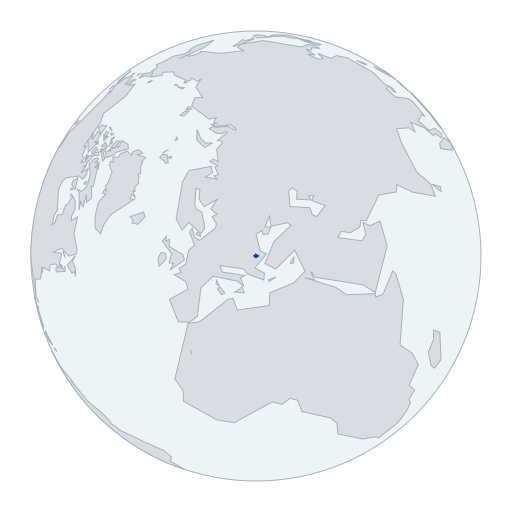 Stara Zagora on an orthographic globe, rotated 320°
{"feature_id": "BGR-2233", "entity_name": "Stara Zagora", "entity_type": "Province", "adm_level": 1, "iso_a3": "BGR", "parent_name": "Bulgaria", "parent_adm1": "", "projection": "orthographic", "projection_center": [25.503, 42.404], "detail": "fine", "context": "on_globe", "style": "filled", "palette": "blue", "viewbox_px": 512, "rotation_deg": 320, "n_neighbors": 0, "source": "natural_earth", "source_scale": "10m", "svg_char_len": 11317}
<svg xmlns="http://www.w3.org/2000/svg" viewBox="0 0 512 512"><g transform="rotate(320 256 256)"><circle cx="256" cy="256" r="225" fill="#eef3f6" stroke="#a8b0b8"/><path d="M174.3,46.1L181.3,44.1L174.9,46.4L178.4,45.6L186.7,43.0L191.3,41.6L214.5,39.6L241.9,37.4L250.4,35.4L248.7,37.3L264.6,33.3L279.4,33.7L262.8,34.3L261.2,35.2L271.2,35.6L271.7,36.7L276.9,37.8L276.6,39.2L266.9,40.0L266.5,41.2L273.6,41.5L277.8,43.6L267.4,42.9L273.7,46.6L258.6,49.8L230.9,48.8L222.6,53.7L194.1,61.6L196.7,62.9L187.5,67.4L187.1,70.8L182.0,71.8L186.1,73.7L190.9,72.2L194.3,72.7L194.6,74.7L188.0,76.1L186.9,75.3L185.1,76.8L181.7,76.8L183.5,77.9L175.5,79.8L183.7,81.1L177.5,85.1L172.2,85.6L172.5,81.5L160.9,74.0L155.6,74.1L147.7,77.9L133.4,93.0L127.6,95.2L119.9,101.0L123.2,101.4L130.4,97.1L134.5,99.7L142.8,94.6L145.7,95.2L154.3,92.1L153.2,97.1L147.4,103.9L140.2,106.9L137.5,110.2L144.5,111.3L131.3,121.5L122.8,136.5L119.4,138.9L112.4,135.7L112.0,124.9L102.9,122.7L108.9,129.0L100.2,135.9L98.8,139.3L99.4,142.1L102.8,141.5L99.8,145.1L92.7,139.7L95.3,136.3L97.5,137.9L97.3,133.2L92.4,130.5L88.4,134.7L85.4,127.8L82.4,130.8L80.2,131.4L85.0,126.8L76.2,135.2L72.0,131.7L60.0,147.5L71.6,129.7L75.7,122.9L79.6,116.7L77.6,119.1L85.5,108.9L86.1,108.0L98.6,94.8L112.1,82.7L126.5,71.7L141.7,61.9L157.7,53.3L174.3,46.1ZM38.5,197.2L37.8,201.4L35.3,211.0L36.8,206.9L35.0,215.9L34.9,231.9L34.3,232.8L33.8,258.0L37.2,278.4L38.0,289.0L37.2,291.6L39.3,298.2L39.4,301.2L51.3,327.3L60.4,345.8L62.1,355.6L58.5,358.0L64.4,374.5L63.4,372.9L55.4,358.4L48.4,343.4L42.5,327.9L37.8,312.0L34.3,295.8L31.9,279.4L30.8,262.8L30.9,246.3L32.3,229.7L34.8,213.3L38.5,197.2ZM56.9,151.9L47.7,174.4L49.8,166.7L49.9,167.0L53.0,160.1L57.5,150.3L60.2,144.7L56.9,151.9ZM60.0,150.3L61.3,147.1L60.4,149.6L60.0,150.3ZM193.2,40.9L186.8,42.9L179.2,45.1L184.5,43.2L193.2,40.9ZM207.8,38.2L204.9,39.1L201.3,39.0L204.1,38.5L207.8,38.2ZM256.4,34.1L251.0,34.2L256.0,33.7L256.4,34.1ZM277.6,37.7L279.0,37.4L281.1,38.1L277.6,37.7ZM154.3,89.6L154.3,90.8L152.7,90.8L154.3,89.6ZM158.1,87.2L156.3,86.3L157.8,85.1L158.9,85.7L158.1,87.2ZM282.5,41.2L285.5,42.7L280.8,41.2L282.5,41.2ZM160.0,88.7L160.7,83.0L163.4,80.9L169.8,81.6L160.0,88.7ZM286.1,43.6L293.4,47.8L297.0,47.3L290.8,51.5L286.7,46.3L280.4,44.4L285.0,44.7L286.1,43.6ZM192.4,70.9L187.2,72.6L191.3,69.4L192.4,70.9ZM194.1,68.8L201.7,59.4L209.4,58.2L205.3,61.4L215.0,58.9L215.0,62.9L209.7,65.2L204.7,65.1L208.5,66.8L194.1,68.8ZM286.2,53.5L286.5,54.8L284.4,53.6L286.2,53.5ZM196.0,72.6L196.9,70.6L203.6,69.5L203.1,73.2L201.1,72.4L196.0,72.6ZM217.6,56.4L222.5,56.4L223.8,59.6L225.9,60.1L215.7,62.9L217.6,56.4ZM199.7,73.7L202.7,75.2L199.7,77.7L195.7,74.5L199.7,73.7ZM205.5,67.7L208.7,67.3L206.8,68.7L205.5,67.7ZM190.9,87.9L191.7,85.3L195.3,84.3L190.9,87.9ZM204.0,75.7L205.0,74.8L206.5,74.3L207.8,75.8L204.0,75.7ZM217.3,65.1L216.9,66.6L221.6,64.1L222.8,66.7L215.7,68.2L219.3,68.7L219.7,69.5L213.5,69.9L217.3,65.1ZM213.7,75.8L205.1,79.1L202.7,84.1L199.5,84.9L203.9,76.8L213.7,75.8ZM214.1,72.2L213.1,74.6L209.6,74.3L208.1,72.5L214.1,72.2ZM226.1,68.0L226.1,63.6L227.6,63.5L226.1,68.0ZM213.7,77.2L215.7,76.5L213.9,77.6L213.7,77.2ZM223.1,70.8L222.9,69.2L224.6,69.1L223.1,70.8ZM220.0,76.3L217.3,77.3L216.2,76.1L220.0,76.3ZM222.0,73.8L224.4,74.0L217.4,75.0L221.6,73.1L222.0,73.8ZM224.8,70.9L225.7,70.3L224.6,71.6L224.8,70.9ZM225.7,80.8L217.2,82.3L214.8,79.4L223.4,78.3L225.7,80.8ZM120.7,356.3L107.1,320.9L113.7,312.2L114.8,298.0L160.7,264.0L170.5,270.2L206.7,271.2L211.2,273.8L207.0,285.4L234.3,302.5L242.9,293.1L267.5,300.8L283.8,299.3L289.4,276.5L262.7,278.5L258.0,267.5L279.3,256.4L302.6,255.0L301.5,250.8L286.7,242.8L292.0,234.0L281.6,239.4L285.9,243.4L279.5,247.1L275.2,243.7L277.2,240.6L270.2,239.1L262.3,255.2L265.8,261.1L247.4,264.3L251.4,274.6L246.5,279.4L237.7,263.8L238.5,258.1L222.3,240.4L219.8,246.6L235.0,263.9L230.3,262.4L227.0,271.7L225.8,263.5L210.0,243.8L193.3,245.0L172.2,264.6L162.4,263.9L154.2,256.5L161.8,233.6L182.7,237.8L185.7,230.6L181.4,217.8L188.1,220.5L189.0,216.1L196.9,217.2L208.0,208.3L216.0,208.4L220.3,195.2L225.0,193.7L221.1,201.8L222.7,207.8L242.7,208.6L246.5,205.9L247.7,197.5L253.0,199.1L251.6,190.9L263.1,187.6L248.0,185.0L249.0,175.9L255.8,169.0L253.4,165.8L242.3,177.1L240.2,182.1L242.9,187.1L235.0,201.5L228.2,203.4L226.1,187.2L216.2,188.5L218.9,176.0L247.4,152.0L259.4,147.5L279.2,158.5L276.4,164.3L267.9,163.0L275.8,172.3L275.2,167.6L279.6,169.2L281.7,161.6L284.9,162.4L281.4,154.0L285.6,154.1L287.8,159.5L294.4,149.1L303.2,147.8L303.1,145.2L300.6,142.7L313.3,143.1L312.7,141.2L308.3,140.2L304.2,135.9L302.0,128.5L306.6,129.1L308.0,131.8L317.8,138.6L320.8,146.2L322.5,145.7L320.9,139.3L308.9,130.9L306.3,126.4L312.4,129.6L310.0,128.0L310.1,126.0L314.5,124.6L308.0,120.9L303.1,99.7L311.1,95.6L317.1,100.4L318.5,87.9L327.3,85.3L323.2,84.3L321.2,78.4L318.3,79.0L316.2,78.1L309.6,64.6L311.5,62.2L304.0,56.3L301.9,55.9L300.0,57.2L290.8,51.5L297.0,47.3L301.5,48.3L302.3,45.4L312.4,48.3L321.1,49.8L331.6,55.4L337.6,56.5L337.2,55.4L345.1,56.4L362.5,63.6L350.0,62.9L324.2,55.6L334.9,58.7L332.9,59.7L337.0,62.0L344.5,64.4L345.1,63.6L359.5,78.2L378.5,90.7L376.0,84.4L380.1,83.9L399.5,95.2L425.4,125.3L431.1,127.0L435.2,131.2L438.5,138.2L432.6,132.2L431.0,134.2L427.2,130.1L430.5,140.1L425.2,134.7L430.4,145.6L434.5,147.7L433.6,140.4L440.4,152.9L446.5,154.2L453.3,162.9L463.7,190.6L465.0,206.9L466.4,210.7L463.7,211.6L465.0,223.7L473.9,233.3L475.3,238.7L475.1,258.1L474.2,254.4L467.3,256.7L469.4,271.3L474.9,272.8L476.9,281.9L474.2,285.0L471.8,277.4L469.3,277.9L467.4,265.9L460.6,253.3L457.7,263.1L455.5,256.1L445.6,248.8L440.2,262.6L433.1,294.6L436.1,313.2L431.9,325.5L417.0,307.8L409.8,291.7L404.8,297.1L389.1,288.3L363.2,299.9L359.2,296.0L354.4,300.5L343.4,298.9L337.1,291.9L330.6,294.5L347.1,312.7L354.1,309.9L359.5,298.9L362.8,306.0L373.5,309.0L362.8,332.7L323.9,360.6L319.6,347.0L287.5,310.1L288.3,305.1L288.1,304.5L287.7,303.6L285.2,311.9L279.5,304.0L297.2,331.8L300.3,343.7L323.3,361.6L321.3,364.2L328.5,367.0L351.2,355.3L351.5,360.0L341.0,384.0L309.2,416.7L313.2,431.2L310.5,443.4L290.2,453.4L291.5,460.5L281.0,464.0L280.0,467.6L271.3,471.6L256.9,474.9L232.9,474.1L231.7,471.6L220.2,464.8L204.3,445.0L210.7,436.1L208.7,427.6L191.3,404.7L195.1,393.1L190.4,386.9L180.6,386.4L175.1,378.6L169.2,377.1L132.1,369.7L120.7,356.3ZM145.1,285.9L143.9,290.1L145.1,285.9ZM327.8,264.8L341.4,261.9L334.4,249.1L339.1,247.1L335.0,243.7L333.9,248.2L323.7,238.6L329.3,232.7L327.2,226.8L322.5,227.5L313.9,240.0L328.4,253.7L325.6,260.4L327.8,264.8ZM34.9,232.3L34.6,236.1L34.4,233.5L34.9,232.3ZM48.4,169.2L47.2,172.5L46.1,175.6L46.6,173.6L48.4,169.2ZM42.6,196.6L42.1,201.2L41.9,198.0L42.6,196.6ZM46.6,177.7L43.0,193.3L42.8,188.3L45.4,178.7L44.6,183.1L46.6,177.7ZM57.1,153.6L56.0,156.2L55.3,157.2L57.1,153.6ZM59.3,152.1L59.5,151.5L60.7,149.3L59.3,152.1ZM100.6,136.2L101.1,136.8L100.9,140.0L99.5,139.4L100.6,136.2ZM109.4,150.1L104.4,155.7L107.0,151.0L104.0,151.0L105.6,141.6L117.7,139.7L111.9,142.1L109.4,150.1ZM111.1,129.2L108.7,134.9L110.8,128.8L111.1,129.2ZM185.7,192.3L188.4,195.9L185.3,200.5L175.2,201.7L179.5,194.8L185.7,192.3ZM192.9,200.0L193.7,184.4L200.0,183.4L196.3,186.5L200.5,187.5L195.6,192.8L200.9,207.7L198.6,213.0L181.1,211.5L188.1,208.9L185.0,205.3L192.9,200.0ZM184.5,150.5L184.9,145.0L198.1,150.0L196.2,154.7L186.0,155.8L182.2,150.9L184.5,150.5ZM171.1,91.5L170.4,90.0L172.2,89.4L174.3,90.3L171.1,91.5ZM191.0,86.7L176.0,98.2L174.5,96.9L167.6,105.8L160.8,105.9L165.5,100.0L155.1,107.1L156.6,101.8L150.0,107.1L161.2,94.0L162.2,89.9L163.7,94.3L169.9,94.2L172.9,93.0L182.0,86.6L187.1,78.4L194.1,77.5L197.6,79.0L197.5,80.8L193.0,80.8L196.0,83.3L189.4,84.6L191.0,86.7ZM235.4,104.3L230.2,102.3L235.1,109.8L228.6,110.2L229.5,111.1L224.8,113.7L220.8,118.5L217.8,118.0L217.5,120.2L214.4,122.2L213.0,125.0L207.1,125.3L204.9,128.9L203.4,127.0L201.2,133.2L200.2,128.7L196.1,131.2L199.2,134.2L171.0,131.0L159.9,134.0L151.2,139.1L150.7,131.4L158.4,122.0L170.1,113.4L180.9,112.0L178.7,109.1L183.1,107.7L183.0,110.6L185.9,105.3L189.6,105.0L200.0,98.9L201.9,92.0L205.7,89.8L206.8,92.4L209.9,88.4L214.5,91.9L217.4,90.5L224.9,92.8L225.3,98.9L228.5,97.0L234.3,98.9L235.4,104.3ZM227.7,81.6L229.7,88.2L227.1,91.9L215.2,86.5L212.0,87.3L204.3,84.4L208.2,79.3L210.1,80.5L212.8,80.5L210.5,82.1L214.3,80.9L217.0,82.6L220.7,82.2L220.4,84.4L227.7,81.6ZM216.3,269.8L219.8,270.7L225.3,270.6L223.4,276.7L216.3,269.8ZM205.3,256.5L208.5,256.1L208.4,264.2L204.7,263.5L205.3,256.5ZM210.3,249.3L208.6,255.5L207.4,251.7L210.3,249.3ZM224.1,201.1L227.5,200.4L227.8,202.4L225.9,205.3L224.1,201.1ZM248.5,128.3L246.0,126.2L247.0,125.1L245.5,118.7L250.2,118.1L253.0,121.8L248.5,128.3ZM284.9,280.9L280.1,285.6L277.7,283.8L279.8,282.5L284.9,280.9ZM250.2,282.2L258.1,285.0L249.6,283.9L250.2,282.2ZM253.4,126.6L252.2,124.0L255.4,125.3L253.4,126.6ZM253.6,117.4L257.3,118.4L250.6,117.3L253.6,117.4ZM347.8,432.6L331.2,454.2L320.9,456.8L319.7,452.6L326.2,440.4L338.4,434.0L344.5,426.8L347.8,432.6ZM477.5,297.3L477.4,297.4L476.2,302.4L477.0,297.9L478.7,289.7L477.5,297.3ZM476.9,298.4L474.2,301.1L466.4,292.4L469.3,287.6L476.6,286.4L476.3,289.8L477.9,289.6L476.9,298.4ZM480.5,274.7L480.5,275.2L480.0,278.5L479.8,272.1L480.0,265.6L480.5,262.1L479.5,231.7L479.8,230.6L480.8,241.8L480.9,242.5L481.3,258.6L480.5,274.7ZM437.0,314.2L441.9,321.3L439.2,325.7L437.0,314.2ZM476.9,214.6L478.8,227.4L476.3,212.8L476.9,214.6ZM474.0,202.7L475.1,205.9L474.3,204.8L474.0,202.7ZM468.5,215.7L468.1,220.4L467.0,218.0L466.9,210.6L468.5,215.7ZM458.6,170.6L462.7,177.7L464.0,180.9L461.8,178.3L458.6,170.6ZM292.3,121.0L289.2,130.3L290.0,137.3L295.5,141.5L286.4,140.0L285.1,129.1L292.3,121.0ZM301.3,102.1L296.5,99.0L299.4,98.1L300.9,98.7L301.3,102.1ZM297.8,101.9L290.4,102.5L288.3,99.3L294.6,99.4L297.8,101.9ZM272.0,113.9L270.7,116.6L268.2,115.3L272.0,113.9ZM477.9,217.2L478.1,218.3L477.6,215.2L477.9,217.2ZM475.2,204.3L476.5,210.0L474.5,201.4L475.2,204.3ZM476.1,208.9L475.1,205.2L474.7,202.9L476.1,208.9ZM473.7,198.0L474.9,202.6L472.7,194.8L473.6,197.5L473.7,198.0ZM472.3,197.3L473.5,197.8L473.8,203.0L468.7,190.1L468.2,186.4L472.3,197.3ZM436.8,127.7L434.1,125.2L432.1,121.4L434.6,124.2L436.8,127.7ZM423.3,108.2L430.7,119.6L436.2,129.6L436.8,128.9L442.3,136.2L438.8,134.2L431.4,123.1L428.1,116.7L423.0,111.4L417.8,104.7L411.9,100.2L408.1,96.3L412.4,98.6L423.3,108.2ZM409.4,98.6L397.2,89.8L395.7,85.7L398.0,86.6L404.3,92.3L404.7,94.1L409.4,98.6ZM393.8,86.6L394.1,88.5L376.8,82.6L372.8,80.4L385.1,81.9L386.1,83.9L390.6,86.3L393.8,86.6ZM288.9,54.7L286.8,54.8L287.8,53.9L288.9,54.7ZM314.7,78.7L312.0,77.3L313.4,76.1L314.7,78.7ZM305.3,73.1L305.6,75.4L303.4,72.7L305.3,73.1ZM306.7,80.8L304.8,76.2L309.3,81.0L306.7,80.8Z" fill="#d9dde1" stroke="#a8b0b8" stroke-width="1"/><path d="M254.9,255.6L254.7,255.5L254.6,255.4L254.5,255.2L254.6,254.8L254.6,254.6L254.9,254.6L255.0,254.6L255.3,254.7L255.5,254.6L255.8,254.7L256.0,254.6L256.3,254.6L256.5,254.6L256.8,254.5L256.9,254.8L257.0,255.1L257.1,255.4L257.0,255.5L257.1,255.8L257.2,256.0L257.3,256.3L257.4,256.5L257.4,256.8L257.5,257.0L257.8,257.0L257.9,257.3L257.7,257.4L257.6,257.5L257.5,257.4L257.3,257.2L257.1,257.1L256.9,257.3L256.7,257.3L256.7,257.2L256.4,257.1L256.4,256.9L256.1,256.9L255.9,256.9L255.9,257.1L255.7,257.2L255.4,257.0L255.3,256.9L255.2,256.9L255.0,257.0L254.9,256.9L254.7,256.7L254.8,256.6L255.0,256.5L254.9,256.3L254.9,256.2L255.0,256.0L255.1,255.9L255.1,255.7L254.9,255.6Z" fill="#3b82f6" stroke="#1e3a8a" stroke-width="1.5"/></g></svg>